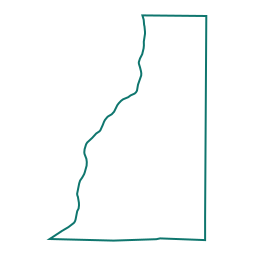 Henderson, Illinois, United States of America (Albers equal-area conic projection)
{"feature_id": "52423323B60960252709384", "entity_name": "Henderson", "entity_type": "district", "adm_level": 2, "iso_a3": "USA", "parent_name": "United States of America", "parent_adm1": "Illinois", "projection": "albers", "projection_center": [-91.022, 40.853], "detail": "fine", "context": "isolated", "style": "outline", "palette": "teal", "viewbox_px": 256, "rotation_deg": 0, "n_neighbors": 0, "source": "geoboundaries", "source_scale": "gbopen_adm2", "svg_char_len": 958}
<svg xmlns="http://www.w3.org/2000/svg" viewBox="0 0 256 256"><path d="M206.3,16.0L142.4,15.4L143.7,19.8L144.1,24.7L144.5,26.5L145.0,31.8L145.0,33.8L143.8,41.7L143.9,45.5L143.6,48.4L142.2,54.2L140.0,58.5L138.8,62.2L138.9,63.8L140.0,67.3L141.0,71.3L141.3,73.3L141.2,75.5L138.0,84.7L137.0,90.6L136.0,92.3L134.6,93.6L130.6,95.4L128.2,97.2L123.1,99.3L121.1,100.8L118.8,103.2L117.9,104.4L117.3,105.2L114.1,111.7L111.7,114.3L108.1,116.4L107.2,117.2L105.0,119.9L104.0,121.8L102.8,124.9L100.4,130.2L99.5,131.3L96.2,133.5L92.2,137.9L87.2,142.5L86.1,144.3L84.6,149.2L84.3,152.3L84.5,153.9L86.4,158.9L86.8,162.1L86.6,165.7L84.8,172.2L84.1,174.2L82.3,177.4L80.1,180.6L79.2,183.4L77.1,193.9L77.4,195.6L77.9,196.8L78.9,202.7L79.0,205.3L78.6,208.5L78.4,208.9L77.2,211.2L75.6,219.4L75.1,221.0L74.5,222.1L73.9,222.9L68.3,227.2L62.0,230.9L49.7,239.0L113.6,240.6L156.3,239.2L160.1,238.4L205.1,240.1L205.1,217.7L206.3,16.0Z" fill="none" stroke="#0f766e" stroke-width="2"/></svg>